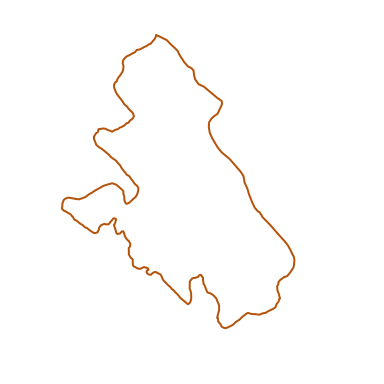 Sumusta, Bani Suwayf, Egypt (Equal Earth projection), rotated 131°
{"feature_id": "37247803B50724482845491", "entity_name": "Sumusta", "entity_type": "district", "adm_level": 2, "iso_a3": "EGY", "parent_name": "Egypt", "parent_adm1": "Bani Suwayf", "projection": "equal_earth", "projection_center": [30.871, 28.951], "detail": "fine", "context": "isolated", "style": "outline", "palette": "amber", "viewbox_px": 384, "rotation_deg": 131, "n_neighbors": 0, "source": "geoboundaries", "source_scale": "gbopen_adm2", "svg_char_len": 5073}
<svg xmlns="http://www.w3.org/2000/svg" viewBox="0 0 384 384"><g transform="rotate(131 192 192)"><path d="M214.7,55.7L211.7,60.0L211.2,61.2L209.8,63.5L208.4,64.6L207.5,65.8L205.1,66.4L203.9,67.1L203.2,67.6L201.3,67.7L200.7,67.7L198.3,67.2L195.9,66.7L193.0,65.0L188.3,65.1L187.7,65.2L185.5,65.5L182.4,65.9L179.5,67.6L176.2,70.0L173.9,72.9L173.0,75.8L171.1,79.8L169.3,85.0L168.4,89.5L168.0,93.0L167.2,99.8L166.3,106.1L165.5,111.8L165.1,117.5L164.7,122.1L163.1,127.1L162.9,127.8L163.4,129.5L162.6,134.6L160.3,139.8L157.9,144.4L156.1,147.9L153.8,151.3L152.8,153.1L150.5,158.3L149.1,160.0L146.3,163.5L146.0,164.4L145.1,167.4L144.9,168.1L144.8,168.6L144.1,173.2L143.2,179.5L142.4,185.2L142.5,189.8L142.6,195.4L141.7,201.2L139.9,206.9L138.1,212.1L135.8,217.2L134.1,219.3L132.0,221.9L128.2,224.8L123.9,225.5L120.1,225.0L116.2,224.0L114.5,224.5L109.5,225.9L105.7,227.1L103.8,229.4L104.4,234.0L104.5,239.7L104.6,244.8L104.7,252.2L106.3,257.8L104.9,263.6L102.6,267.0L99.3,270.5L98.9,273.4L99.9,277.4L99.1,283.1L96.8,291.1L95.9,293.4L95.0,295.1L94.6,299.1L94.6,300.8L94.3,307.1L93.9,310.5L94.9,314.5L95.9,318.4L97.2,322.0L98.4,321.2L100.8,320.6L102.2,320.6L104.6,320.5L107.0,320.4L109.0,321.5L111.4,322.0L113.8,323.1L116.8,324.2L118.2,324.7L119.7,325.8L121.1,326.9L123.5,326.8L124.0,326.8L126.5,327.9L129.9,329.0L131.8,330.0L134.2,330.6L135.2,330.5L137.1,330.5L138.5,329.9L140.4,328.7L141.4,327.0L141.7,326.6L143.3,325.2L146.6,323.4L151.4,322.7L152.8,322.7L154.3,322.6L156.7,322.0L158.1,321.4L159.6,321.9L162.0,321.3L162.9,320.7L163.9,319.6L164.8,318.4L165.7,316.7L166.6,314.9L167.6,312.1L167.5,311.5L168.0,310.3L168.2,308.7L168.4,307.5L168.9,305.2L169.3,303.5L169.8,301.9L170.2,300.6L170.2,298.8L170.1,296.6L170.6,295.5L171.0,292.6L171.0,289.8L171.4,288.1L172.8,285.7L174.2,285.1L176.2,285.1L178.6,285.6L181.5,285.5L183.4,286.6L185.8,286.6L188.7,287.6L190.7,288.7L193.1,289.2L196.0,290.9L197.5,291.4L198.9,291.9L199.4,293.6L200.5,296.4L201.0,298.7L202.5,300.9L205.9,303.7L208.3,302.5L209.3,302.5L210.7,303.0L213.1,302.5L214.0,302.3L214.6,302.3L216.4,300.6L217.8,297.7L218.6,296.3L219.0,295.8L219.2,293.7L219.1,290.9L218.6,288.0L218.5,285.2L218.4,279.5L218.8,275.5L218.2,270.4L218.7,267.0L219.1,263.5L220.0,261.2L220.9,257.2L221.3,254.4L221.8,252.7L221.2,249.8L222.1,246.4L222.5,244.1L223.4,240.7L223.4,237.2L224.1,235.5L224.3,234.9L226.7,233.2L229.5,232.0L232.4,231.3L236.3,231.8L241.1,232.3L243.5,233.3L244.0,234.5L243.6,235.5L243.1,236.8L241.7,238.5L239.3,240.8L238.9,242.0L236.5,244.3L236.1,246.6L236.1,250.0L236.2,254.0L237.7,257.9L242.6,261.2L245.0,262.6L245.5,262.9L252.8,265.5L253.5,265.8L258.2,267.1L261.1,268.2L265.9,269.2L268.8,270.8L271.7,272.5L273.2,274.7L275.2,278.1L275.6,278.7L277.2,281.5L279.7,283.1L282.1,283.6L285.4,282.4L287.8,280.6L289.7,279.4L290.1,278.3L290.1,276.0L289.6,274.9L289.1,272.1L288.5,269.2L288.5,268.7L289.0,266.4L288.9,265.2L289.9,263.5L289.8,261.8L289.3,260.1L289.3,257.3L289.2,255.6L288.7,252.7L288.8,249.5L288.1,247.6L288.0,244.2L287.5,240.2L287.0,238.5L285.5,237.4L284.5,236.9L282.1,237.5L280.7,238.1L279.7,238.7L277.3,238.8L276.4,238.8L275.4,238.2L273.5,237.2L272.4,234.9L271.5,234.4L271.0,233.8L269.1,233.8L268.1,233.9L266.2,233.9L263.8,234.0L262.8,233.4L262.3,231.7L263.4,230.8L265.1,230.0L266.6,229.4L268.0,229.3L272.7,221.8L272.6,220.7L270.2,219.0L269.7,219.0L268.3,219.1L267.8,219.1L266.8,218.0L267.7,216.2L269.6,213.3L270.1,211.6L270.5,209.3L270.5,208.2L270.5,207.1L271.4,205.3L271.8,204.2L274.2,203.0L275.7,203.0L277.1,201.8L279.0,200.0L280.4,198.9L280.9,197.7L281.2,196.8L281.8,195.4L281.7,192.6L283.1,191.4L285.5,189.1L286.0,188.5L286.4,187.3L285.9,185.6L285.4,182.8L283.9,180.6L282.4,180.0L280.0,179.0L279.5,177.3L279.0,176.7L278.5,175.0L279.4,173.8L280.4,174.4L280.9,174.4L282.3,173.8L282.8,172.1L282.7,170.9L282.2,169.8L281.3,168.7L279.8,168.7L277.9,168.2L276.9,167.6L275.9,166.5L275.9,165.4L275.9,164.8L275.4,163.7L274.9,161.4L275.3,160.3L276.2,158.6L277.2,156.3L277.6,154.5L277.6,153.4L278.0,148.8L277.9,146.6L278.4,143.7L278.3,140.9L278.7,138.6L278.7,136.3L279.2,133.0L279.6,131.2L279.5,128.9L279.5,126.6L279.4,124.3L279.4,122.1L279.4,121.5L277.9,121.0L276.5,121.0L275.5,121.4L275.0,121.6L272.7,122.8L270.3,125.1L268.9,126.3L267.0,129.2L266.5,130.3L265.1,131.5L262.3,133.9L260.9,135.0L259.9,135.1L259.4,135.1L257.0,135.1L256.0,134.6L255.0,133.5L253.1,132.4L252.1,131.8L250.2,131.9L249.2,131.3L248.7,130.8L248.7,130.2L249.2,129.6L249.6,127.3L251.0,126.2L252.5,124.4L253.9,122.7L254.3,121.0L257.1,115.8L257.6,114.6L257.0,112.9L256.5,111.8L256.0,109.6L256.0,107.3L256.4,103.9L258.0,100.8L258.2,100.4L259.2,98.1L260.6,96.4L262.0,95.2L263.4,94.0L265.8,92.8L267.2,92.2L268.2,91.6L268.7,91.4L269.6,91.0L270.4,90.5L270.1,89.9L272.4,87.5L272.9,85.2L273.3,83.0L274.2,81.2L273.7,79.0L272.7,77.3L270.8,76.2L268.3,75.1L265.4,74.0L261.1,73.6L257.7,72.5L253.3,72.1L250.4,71.6L248.0,71.1L246.6,70.5L245.9,69.1L245.1,67.2L242.1,63.2L240.1,60.4L238.7,59.9L236.2,58.3L235.2,57.2L232.8,56.6L230.4,55.6L227.9,54.5L226.5,54.0L224.1,53.4L222.6,54.1L220.7,54.7L218.3,54.7L215.4,55.9L214.7,55.7Z" fill="none" stroke="#b45309" stroke-width="2"/></g></svg>